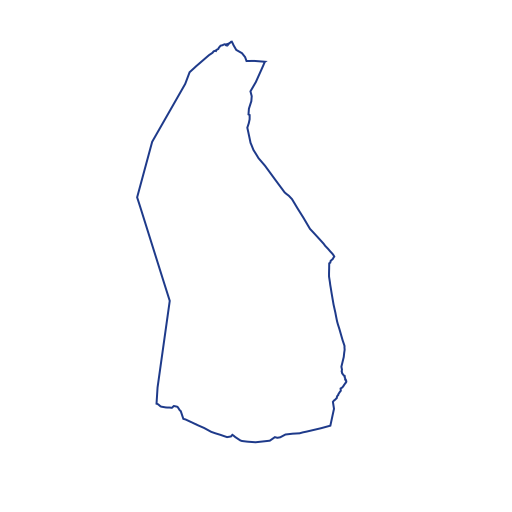 San Juan Ñumí, Oaxaca, Mexico (Equal Earth projection), rotated 28°
{"feature_id": "50627088B11336347088120", "entity_name": "San Juan Ñumí", "entity_type": "district", "adm_level": 2, "iso_a3": "MEX", "parent_name": "Mexico", "parent_adm1": "Oaxaca", "projection": "equal_earth", "projection_center": [-97.725, 17.437], "detail": "fine", "context": "isolated", "style": "outline", "palette": "blue", "viewbox_px": 512, "rotation_deg": 28, "n_neighbors": 0, "source": "geoboundaries", "source_scale": "gbopen_adm2", "svg_char_len": 2689}
<svg xmlns="http://www.w3.org/2000/svg" viewBox="0 0 512 512"><g transform="rotate(28 256 256)"><path d="M325.4,219.8L324.4,219.1L322.6,218.2L320.9,217.6L319.4,217.1L316.4,215.9L312.4,214.6L309.9,213.4L298.2,209.2L290.9,206.7L279.8,199.9L270.4,194.5L261.1,188.9L256.7,187.4L253.6,186.9L251.4,186.4L236.9,179.5L221.6,172.1L212.4,168.5L208.2,166.0L204.0,163.6L199.5,159.8L198.1,158.7L191.0,150.2L188.1,146.8L187.3,142.2L186.2,138.3L184.2,134.5L182.9,134.5L180.6,129.3L179.2,121.5L177.2,116.9L173.8,113.2L174.2,102.5L173.0,84.7L172.6,80.5L172.7,80.3L162.8,84.6L156.1,88.3L153.0,85.5L148.4,83.5L141.8,83.3L137.3,80.5L135.6,79.2L134.0,78.1L133.4,78.6L133.1,79.8L132.6,80.3L132.1,82.7L131.5,82.0L130.4,83.1L130.6,84.0L130.4,84.0L129.8,83.5L128.9,83.8L127.9,84.9L127.6,85.5L126.0,86.9L125.4,89.6L125.5,90.9L124.3,92.6L124.4,93.8L123.7,93.9L122.5,95.2L122.2,97.0L120.8,99.6L120.4,100.3L119.9,101.5L114.1,116.4L111.1,124.9L112.7,137.3L110.7,203.9L123.5,260.0L130.9,267.2L185.4,320.9L200.9,336.1L230.8,418.3L237.5,433.1L238.6,432.9L239.7,433.0L242.4,433.6L243.4,433.4L247.6,432.0L249.3,431.2L250.8,430.4L251.8,430.0L252.7,429.7L253.2,429.2L253.5,428.0L253.9,427.0L256.7,426.2L257.4,426.1L258.1,426.3L261.1,428.0L262.4,428.3L268.3,433.9L270.6,433.4L276.5,433.1L284.6,432.7L290.9,432.2L299.0,432.3L303.5,431.6L308.6,430.6L311.9,430.1L315.5,429.5L318.6,427.1L319.1,425.0L320.8,425.2L322.6,425.6L328.7,426.2L330.2,426.0L331.6,425.5L335.5,424.0L343.0,420.7L354.9,412.6L357.7,407.1L360.2,406.5L362.5,404.7L365.8,399.8L371.9,395.6L377.7,392.1L380.2,389.7L383.0,387.4L394.3,377.5L401.3,370.9L400.0,366.3L397.7,358.2L396.6,354.3L394.8,351.9L392.4,348.7L392.6,347.5L392.7,347.0L393.3,345.8L393.8,344.0L394.0,343.7L393.8,342.9L393.6,342.4L393.5,341.6L393.5,341.4L393.9,340.2L393.6,339.6L393.8,336.8L393.9,336.4L394.1,335.7L394.1,335.1L392.9,333.3L393.3,332.6L394.0,331.4L394.1,330.3L394.3,329.5L394.3,328.5L394.5,327.3L394.5,326.5L394.8,325.8L394.8,325.3L394.8,324.7L394.4,324.0L394.1,323.8L393.9,323.7L393.7,323.8L393.2,323.4L393.2,323.2L392.9,323.2L392.7,323.2L392.4,322.4L391.5,321.6L391.4,321.6L390.8,320.5L390.5,320.2L389.9,320.4L389.7,320.3L388.6,319.8L387.8,319.5L387.4,319.1L387.1,319.0L386.8,318.9L386.6,318.5L386.2,317.9L385.9,317.8L385.6,317.1L385.5,316.7L385.4,316.4L385.3,316.0L383.4,313.7L383.3,313.4L380.9,304.0L379.3,300.0L378.3,297.2L376.8,294.8L376.5,294.0L375.3,292.8L372.1,289.8L363.9,281.3L360.4,277.9L358.6,276.0L357.4,274.6L355.1,271.8L352.7,268.8L347.3,262.5L340.1,253.2L337.0,249.1L335.0,246.5L333.6,244.5L330.6,240.5L330.1,239.8L328.6,237.0L326.4,232.6L324.1,228.1L324.7,227.0L324.2,225.2L325.2,222.6L325.2,220.8L325.4,219.8Z" fill="none" stroke="#1e3a8a" stroke-width="2"/></g></svg>